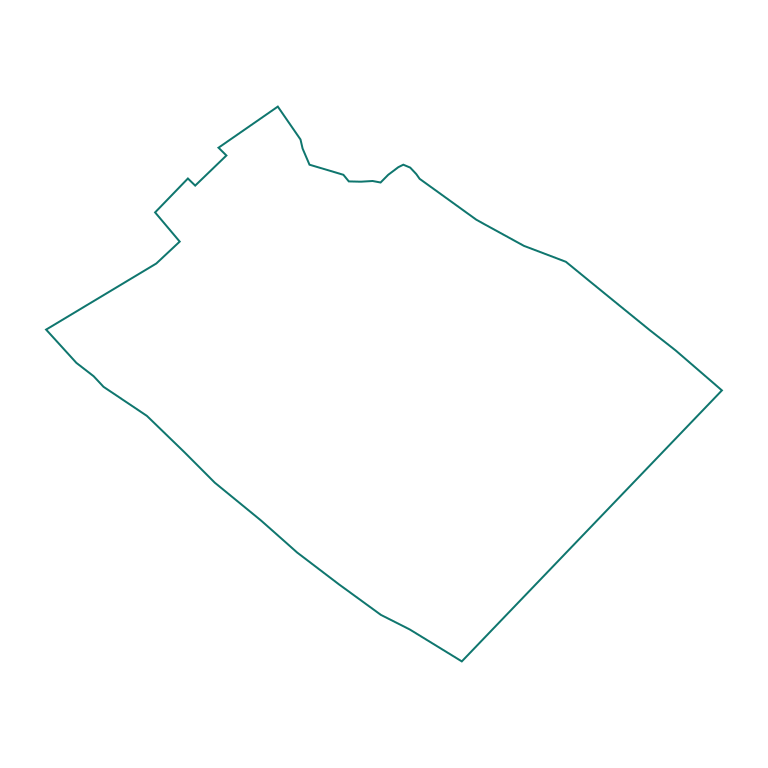 outline of Teava, Tuvalu
{"feature_id": "33948139B9471758072571", "entity_name": "Teava", "entity_type": "district", "adm_level": 2, "iso_a3": "TUV", "parent_name": "Tuvalu", "parent_adm1": "", "projection": "mercator", "projection_center": [177.337, -6.111], "detail": "fine", "context": "isolated", "style": "outline", "palette": "teal", "viewbox_px": 768, "rotation_deg": 0, "n_neighbors": 0, "source": "geoboundaries", "source_scale": "gbopen_adm2", "svg_char_len": 675}
<svg xmlns="http://www.w3.org/2000/svg" viewBox="0 0 768 768"><path d="M46.1,329.6L76.4,362.9L93.6,376.2L103.5,386.8L146.9,415.9L184.4,452.2L214.8,482.7L261.0,520.5L278.3,535.8L297.1,552.5L339.0,584.4L380.9,614.9L409.8,629.5L461.8,661.4L721.9,390.4L675.7,350.5L649.7,330.1L619.3,305.4L589.0,280.7L565.9,261.8L524.0,245.9L484.2,224.1L476.3,219.7L419.6,178.8L416.3,174.1L410.2,167.6L403.3,164.7L398.3,167.2L388.2,174.8L380.6,182.5L372.6,181.0L360.7,181.7L348.8,181.4L343.4,174.8L309.5,164.7L302.6,148.6L300.5,139.5L277.8,106.6L218.5,147.7L226.4,155.5L195.2,185.6L187.9,178.5L155.1,212.4L179.7,241.6L156.3,263.5L46.1,329.6Z" fill="none" stroke="#0f766e" stroke-width="2"/></svg>